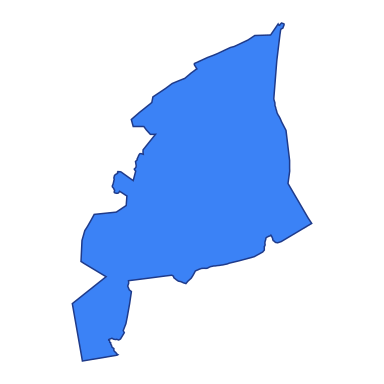 Cualác, Guerrero, Mexico
{"feature_id": "50627088B91833762276728", "entity_name": "Cualác", "entity_type": "district", "adm_level": 2, "iso_a3": "MEX", "parent_name": "Mexico", "parent_adm1": "Guerrero", "projection": "mercator", "projection_center": [-98.69, 17.735], "detail": "fine", "context": "isolated", "style": "filled", "palette": "blue", "viewbox_px": 384, "rotation_deg": 0, "n_neighbors": 0, "source": "geoboundaries", "source_scale": "gbopen_adm2", "svg_char_len": 3529}
<svg xmlns="http://www.w3.org/2000/svg" viewBox="0 0 384 384"><path d="M311.7,223.4L308.2,218.1L288.0,183.5L289.7,171.1L289.6,168.2L289.6,160.4L286.0,130.4L281.6,121.9L280.6,119.5L280.0,118.2L279.1,116.5L277.9,114.6L277.1,112.9L276.9,112.4L276.7,111.3L276.4,110.3L275.9,108.8L275.6,107.2L275.0,105.7L274.9,102.8L274.0,99.9L273.8,98.6L276.8,60.6L280.0,34.2L280.2,33.0L280.6,30.1L281.1,29.0L282.8,28.2L284.1,24.8L283.9,23.8L281.5,23.0L279.7,24.8L279.7,25.2L279.5,25.3L279.1,25.3L278.5,24.9L278.1,24.0L270.6,35.0L254.8,35.5L248.0,40.0L234.2,46.5L230.4,47.5L216.5,54.0L213.1,55.4L207.5,57.5L194.4,63.5L194.3,64.7L196.9,68.9L196.0,69.4L191.0,73.1L184.9,78.3L177.2,81.4L172.2,83.5L164.9,88.9L152.9,96.9L151.8,102.5L148.0,105.6L142.9,109.7L139.2,112.6L138.8,113.0L131.3,119.5L133.2,126.5L143.2,126.5L143.9,126.6L146.4,130.0L150.4,134.4L155.5,134.3L148.7,142.8L143.1,149.8L143.0,152.0L143.3,154.3L141.1,153.6L140.0,153.6L139.2,154.5L138.6,155.6L138.1,156.9L137.1,159.0L137.3,159.7L135.5,161.5L136.2,165.8L135.9,167.4L135.1,168.3L134.3,169.0L134.4,169.5L135.7,171.1L133.2,180.6L129.9,178.3L121.1,172.0L120.1,171.7L119.6,171.7L119.1,171.7L118.7,171.7L118.0,171.5L117.9,171.6L117.6,172.0L117.5,172.3L117.6,172.5L117.7,172.8L117.8,172.9L117.8,173.0L117.7,173.1L117.4,173.4L117.1,173.6L116.7,173.9L116.5,174.0L116.1,174.1L115.8,174.3L115.4,174.6L115.1,174.9L115.0,175.0L114.7,175.2L114.5,175.5L114.4,175.8L114.3,176.1L114.2,176.6L114.2,176.8L114.1,177.1L114.0,177.3L113.9,178.0L114.0,178.6L114.2,179.2L114.2,179.6L114.0,180.0L113.6,181.9L113.3,183.2L113.0,184.3L112.3,185.9L112.3,186.4L112.4,186.9L113.0,187.6L113.3,188.0L113.6,188.3L113.8,188.7L113.9,189.1L114.1,189.5L114.3,189.9L114.6,190.2L114.6,190.7L114.4,191.3L114.2,191.7L114.3,192.5L114.9,192.9L116.6,193.3L117.9,193.2L118.7,192.7L119.6,191.3L122.0,192.8L125.8,195.3L126.9,195.9L126.2,205.5L116.3,212.1L114.5,212.3L94.2,214.4L93.5,215.7L91.0,220.3L87.5,226.4L84.8,230.6L82.0,240.4L81.0,261.5L83.3,262.9L83.3,263.0L106.1,276.7L72.3,303.6L78.3,337.6L82.4,361.0L117.0,355.2L117.9,354.7L117.4,354.4L116.7,353.7L115.7,352.4L114.8,351.7L113.9,350.6L113.8,349.6L113.9,348.9L113.9,348.6L113.7,348.4L112.1,347.3L111.6,345.9L111.5,345.5L111.5,345.2L111.2,344.9L111.0,344.6L110.7,344.1L110.7,343.4L110.7,342.8L110.3,342.6L110.0,342.6L109.7,342.3L109.7,342.1L109.7,341.4L109.6,340.8L109.4,340.6L109.1,340.3L108.7,340.2L108.7,339.6L109.2,339.3L110.0,339.0L111.0,338.7L111.6,338.3L112.6,338.5L113.2,339.1L115.3,339.5L115.8,339.5L116.7,339.3L118.7,340.0L120.5,339.0L124.3,332.7L123.2,330.6L125.9,323.7L127.3,316.7L129.6,303.8L131.4,291.6L131.1,291.3L129.3,289.9L127.7,286.1L128.7,283.2L128.5,280.7L147.5,278.3L149.8,278.0L162.9,276.3L164.4,276.1L171.8,275.2L173.4,276.2L173.9,277.8L175.2,278.8L176.4,279.8L178.3,281.1L181.0,281.7L183.6,282.9L184.5,283.1L185.9,283.6L187.9,281.2L191.2,278.2L192.8,275.7L194.2,273.2L195.4,270.9L198.7,269.5L199.0,269.3L201.7,268.4L204.3,268.3L204.6,268.3L206.1,268.4L207.6,268.1L209.2,267.2L210.7,266.6L212.8,266.2L213.1,266.1L213.4,266.0L215.5,265.9L217.2,265.6L219.5,265.4L221.1,265.1L222.9,264.9L224.1,264.6L226.0,264.2L227.1,264.0L227.9,263.7L229.1,263.2L239.1,260.8L254.2,256.7L262.7,252.0L264.3,250.1L264.3,248.9L264.3,246.4L264.9,245.8L265.1,244.7L264.9,243.2L265.0,241.8L265.5,240.2L265.8,239.2L265.8,238.2L266.7,237.3L268.9,236.2L270.5,235.8L270.9,235.2L271.4,235.9L271.8,236.7L272.1,237.3L272.6,238.4L272.8,239.8L273.4,240.8L274.0,241.0L274.9,241.9L275.4,242.4L277.6,242.8L281.2,241.6L311.7,223.4Z" fill="#3b82f6" stroke="#1e3a8a" stroke-width="1.5"/></svg>